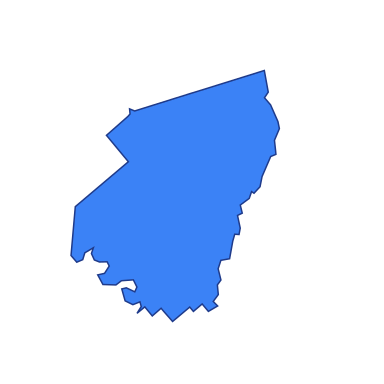 outline of Yazoo, Mississippi, United States of America, rotated 320°
{"feature_id": "52423323B4494633873446", "entity_name": "Yazoo", "entity_type": "district", "adm_level": 2, "iso_a3": "USA", "parent_name": "United States of America", "parent_adm1": "Mississippi", "projection": "mercator", "projection_center": [-90.462, 32.763], "detail": "fine", "context": "isolated", "style": "filled", "palette": "blue", "viewbox_px": 384, "rotation_deg": 320, "n_neighbors": 0, "source": "geoboundaries", "source_scale": "gbopen_adm2", "svg_char_len": 1023}
<svg xmlns="http://www.w3.org/2000/svg" viewBox="0 0 384 384"><g transform="rotate(320 192 192)"><path d="M325.5,145.4L256.8,116.7L255.5,116.1L200.2,93.1L197.6,88.2L194.7,92.4L191.6,92.9L162.9,93.6L162.7,127.9L93.2,128.2L58.5,162.9L58.6,171.7L64.8,173.6L70.8,169.7L80.6,171.3L75.4,174.5L73.5,181.3L76.1,186.1L82.1,190.9L81.0,195.5L72.7,198.1L66.5,194.9L64.3,205.6L74.0,214.3L80.9,214.6L90.6,221.6L88.7,229.4L84.0,231.7L80.1,223.2L75.9,221.1L70.8,232.4L74.3,240.3L81.5,242.7L79.5,247.1L71.9,249.6L82.0,249.7L81.9,261.4L93.6,261.2L93.6,265.1L93.9,278.7L116.3,278.7L116.3,284.4L127.8,284.3L127.8,294.0L138.4,295.8L137.9,289.5L146.2,287.5L151.7,279.5L157.6,278.0L162.7,267.6L170.2,262.9L177.9,267.3L191.7,255.8L197.6,251.8L200.7,254.8L205.7,250.7L211.8,239.2L216.9,240.5L220.6,233.0L231.7,233.7L237.9,230.0L238.7,232.8L247.5,231.7L255.6,225.2L275.1,215.4L280.5,217.1L282.5,214.2L288.4,205.4L299.7,199.6L303.1,193.3L308.2,175.8L308.1,166.4L314.6,164.5L325.5,145.4Z" fill="#3b82f6" stroke="#1e3a8a" stroke-width="1.5"/></g></svg>